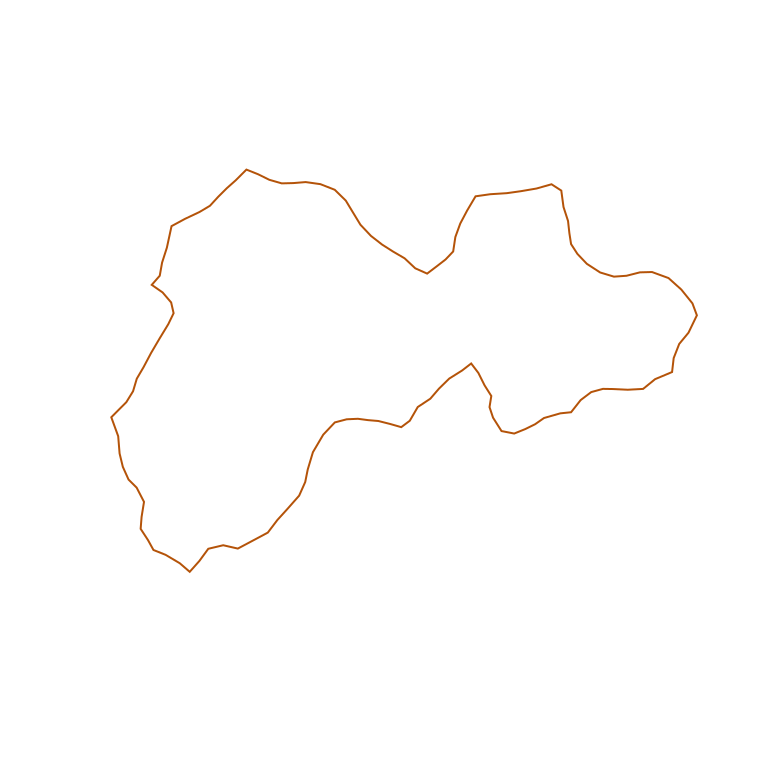 outline of Santa Bárbara do Leste, Minas Gerais, Brazil, rotated 24°
{"feature_id": "56859067B68524836295337", "entity_name": "Santa Bárbara do Leste", "entity_type": "district", "adm_level": 2, "iso_a3": "BRA", "parent_name": "Brazil", "parent_adm1": "Minas Gerais", "projection": "orthographic", "projection_center": [-42.102, -19.952], "detail": "fine", "context": "isolated", "style": "outline", "palette": "amber", "viewbox_px": 768, "rotation_deg": 24, "n_neighbors": 0, "source": "geoboundaries", "source_scale": "gbopen_adm2", "svg_char_len": 1749}
<svg xmlns="http://www.w3.org/2000/svg" viewBox="0 0 768 768"><g transform="rotate(24 384 384)"><path d="M455.8,133.4L443.8,143.4L430.6,152.2L418.6,159.7L403.9,167.4L391.3,175.3L389.4,191.7L388.4,206.4L389.4,220.7L393.3,234.8L389.6,245.2L384.5,254.7L378.5,265.6L365.5,265.6L351.7,260.8L338.2,259.3L325.5,257.4L311.8,254.0L297.7,248.1L286.0,240.0L274.5,232.0L260.0,226.6L244.6,227.3L230.3,231.4L219.5,237.3L209.0,242.3L196.2,244.1L183.6,243.6L171.1,244.1L165.7,258.2L160.8,269.0L156.4,280.4L152.5,292.0L145.5,301.9L135.1,314.0L125.7,326.2L130.2,347.8L131.9,363.4L135.1,376.3L131.5,387.9L144.5,390.4L156.4,396.1L163.0,404.9L162.6,417.1L160.5,433.5L158.6,450.3L157.5,466.4L156.0,479.7L157.7,492.7L156.0,505.4L152.2,515.3L148.4,525.3L162.4,539.8L170.7,555.0L179.1,565.9L189.5,575.2L200.2,579.3L212.7,589.3L216.6,604.0L220.6,615.3L231.9,622.6L240.9,629.4L253.9,628.9L270.3,630.8L282.9,634.6L287.3,620.8L290.5,606.0L302.7,596.7L317.4,593.8L326.8,581.8L338.3,567.0L341.9,551.6L346.4,538.0L351.9,520.5L351.9,505.6L349.1,493.1L346.8,475.2L349.1,455.0L354.7,439.1L364.3,431.4L374.3,426.4L384.1,423.5L393.9,420.1L406.0,418.0L417.3,416.4L422.5,407.1L424.2,391.3L432.3,378.6L436.1,365.9L441.4,352.5L449.8,340.0L455.3,329.8L465.7,335.5L476.4,344.3L486.9,351.3L489.8,362.2L497.3,370.4L510.5,379.2L523.1,376.3L531.4,367.7L538.4,359.3L544.0,350.0L557.0,339.1L566.4,333.7L570.2,318.7L576.6,307.1L586.0,299.4L595.4,295.4L609.0,290.1L622.7,283.1L629.7,269.3L642.3,255.9L638.1,242.5L637.4,227.3L641.3,213.3L641.9,194.0L633.0,184.9L617.2,176.8L600.8,171.5L583.3,172.7L572.4,177.9L561.5,186.5L550.4,192.4L536.1,194.2L520.4,191.7L507.8,186.5L498.0,180.1L492.0,170.8L485.8,160.2L476.0,149.3L467.3,135.2L455.8,133.4Z" fill="none" stroke="#b45309" stroke-width="2"/></g></svg>